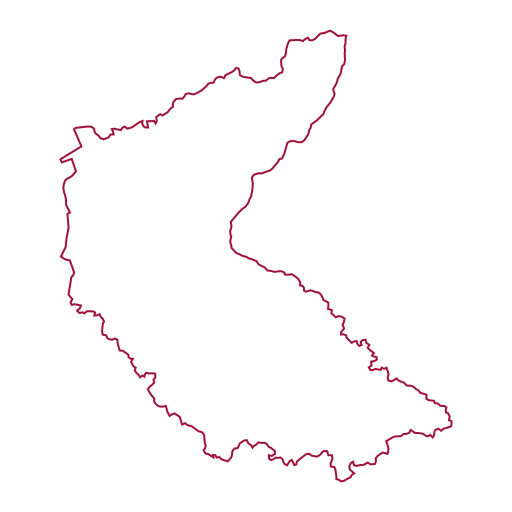 outline of Laguna Carapã, Mato Grosso do Sul, Brazil
{"feature_id": "56859067B87570138131055", "entity_name": "Laguna Carapã", "entity_type": "district", "adm_level": 2, "iso_a3": "BRA", "parent_name": "Brazil", "parent_adm1": "Mato Grosso do Sul", "projection": "mercator", "projection_center": [-55.09, -22.652], "detail": "fine", "context": "isolated", "style": "outline", "palette": "rose", "viewbox_px": 512, "rotation_deg": 0, "n_neighbors": 0, "source": "geoboundaries", "source_scale": "gbopen_adm2", "svg_char_len": 5995}
<svg xmlns="http://www.w3.org/2000/svg" viewBox="0 0 512 512"><path d="M451.6,423.6L451.4,421.0L449.0,420.3L449.7,416.5L448.0,413.1L446.0,412.5L445.7,410.2L446.4,407.2L444.2,406.0L440.4,405.8L437.4,403.3L434.7,403.1L434.0,400.8L428.7,400.2L426.4,398.8L426.5,394.7L419.9,392.6L418.6,390.5L415.8,388.9L413.4,386.6L410.6,385.7L406.6,385.5L404.1,382.8L398.2,380.4L396.6,378.4L391.6,381.4L388.3,380.5L387.6,377.4L388.6,374.2L386.5,367.7L384.0,368.9L381.8,367.6L380.7,369.9L375.1,368.9L372.8,370.2L370.3,369.9L368.8,367.3L371.5,365.6L371.1,361.6L374.3,361.1L376.8,359.6L376.6,357.2L374.6,356.8L372.0,355.6L373.9,353.1L370.5,350.5L367.7,347.8L369.3,344.8L366.4,342.9L365.5,339.7L362.5,340.2L360.6,342.0L361.6,345.0L359.2,345.9L357.3,343.7L356.6,341.1L354.0,341.5L351.6,342.8L346.5,337.6L346.3,335.4L343.4,334.3L341.0,334.5L341.1,332.3L344.1,328.5L342.6,324.6L343.9,322.2L344.5,318.4L341.7,316.7L338.5,316.1L335.8,317.3L331.3,313.2L331.8,310.1L328.0,308.9L328.4,305.9L328.3,302.6L323.3,299.9L322.4,297.2L320.8,294.4L318.6,292.5L315.3,292.1L313.0,291.0L310.3,290.4L306.0,291.7L304.0,290.6L304.0,287.9L302.6,285.9L300.1,285.4L300.1,282.1L297.9,278.5L294.3,275.8L291.5,274.1L289.4,274.7L285.1,274.7L284.3,272.6L281.5,271.2L278.4,271.3L274.8,271.9L269.8,270.7L267.7,270.6L264.3,267.1L261.2,265.8L258.4,264.1L256.7,261.3L251.8,259.2L248.5,258.3L246.6,256.9L242.3,255.8L239.1,254.0L236.5,253.2L231.6,248.1L231.2,245.2L230.2,242.2L230.5,239.6L231.3,236.5L230.4,234.4L230.2,230.7L231.2,228.1L231.4,225.3L230.7,222.0L237.9,213.4L242.6,208.6L245.0,207.2L248.5,202.6L249.5,199.2L251.1,196.5L252.5,189.0L252.8,183.1L251.8,177.8L253.7,174.9L258.5,173.2L261.0,173.6L270.1,170.4L272.5,168.4L278.2,161.7L279.3,159.1L282.0,158.5L284.3,153.8L287.4,142.8L289.5,141.5L292.3,141.0L294.5,141.1L298.0,142.2L301.7,142.2L304.4,140.2L307.8,135.0L308.8,132.6L309.3,129.8L310.6,127.8L311.2,124.5L316.9,120.4L323.3,114.1L324.5,111.1L326.2,107.7L330.5,102.4L333.6,97.0L334.6,93.9L333.5,90.8L333.3,88.6L334.8,86.5L337.2,81.7L337.5,79.4L338.4,77.4L340.6,74.0L342.0,66.4L344.2,64.2L345.0,60.2L344.7,53.6L345.0,50.1L344.6,46.0L345.5,43.8L345.6,38.1L346.4,35.8L343.4,35.3L338.1,36.0L333.1,32.3L330.1,30.7L324.2,33.0L320.3,33.6L314.8,39.2L311.7,40.4L309.5,40.1L307.9,37.7L304.7,39.4L302.8,41.2L300.9,40.3L297.7,39.9L289.5,40.4L288.0,43.4L286.4,48.7L285.9,53.2L284.9,56.4L282.7,57.9L281.3,59.5L281.1,61.9L281.5,66.3L282.9,68.8L282.2,72.4L279.8,73.1L276.7,75.4L274.2,78.0L271.0,77.8L268.7,78.3L266.0,80.6L262.8,80.9L258.9,82.4L255.6,82.3L252.8,80.2L251.0,78.0L244.9,77.2L242.2,76.5L239.8,74.9L239.5,70.8L238.2,68.2L235.7,68.2L234.0,70.6L231.2,72.4L225.5,75.1L224.0,78.2L220.8,76.7L217.3,77.4L215.1,79.3L213.5,82.7L211.1,82.8L208.5,83.5L206.8,85.7L202.1,90.1L196.6,93.3L193.7,94.4L191.5,94.1L188.7,93.3L185.6,94.1L184.4,96.4L182.5,98.7L179.0,98.6L175.9,99.1L173.7,101.6L172.8,104.2L172.9,106.9L171.0,108.0L167.6,112.3L162.5,115.5L160.3,114.2L158.3,115.5L156.2,117.2L156.8,121.1L155.6,123.4L154.0,121.0L147.0,121.3L148.0,127.5L144.9,127.4L143.2,125.8L142.2,123.5L142.5,121.0L139.7,122.0L132.3,127.2L127.4,128.7L124.5,126.5L122.2,128.0L121.0,130.1L114.0,128.7L111.8,129.1L113.0,131.6L113.7,134.4L110.4,134.6L108.7,137.4L103.6,139.3L100.4,138.2L98.4,135.5L96.4,134.2L94.9,132.4L93.9,128.7L91.6,126.8L87.9,126.5L75.5,127.9L74.0,129.3L81.4,146.4L60.4,159.3L61.9,162.4L71.7,158.9L76.0,171.4L72.1,175.8L69.7,177.5L66.8,178.9L64.9,180.8L63.7,184.9L63.3,188.0L64.1,192.4L65.3,195.9L66.0,199.5L66.1,205.0L70.0,212.5L67.4,213.9L68.6,227.7L66.6,237.8L65.7,246.8L60.9,256.6L64.7,259.1L69.9,260.5L74.2,272.6L73.1,275.4L71.4,277.2L68.5,294.7L72.4,299.2L70.6,302.0L71.6,304.8L74.8,304.2L81.0,305.5L79.8,308.3L77.1,310.8L79.5,313.0L82.6,312.3L84.4,313.3L87.2,311.2L93.2,311.4L95.1,312.5L94.3,315.5L96.4,315.5L99.6,314.2L100.8,316.9L102.6,318.5L104.0,321.5L103.0,323.4L102.4,327.1L102.1,331.4L102.7,334.6L106.3,335.4L107.4,338.3L109.7,339.3L112.3,339.8L114.5,338.5L117.4,339.7L117.5,342.8L119.7,350.5L122.8,350.8L128.5,354.8L128.5,357.2L130.5,358.7L132.9,358.8L131.1,361.9L132.4,364.6L133.8,366.6L135.7,367.7L134.7,370.3L136.3,372.8L138.7,374.9L140.1,377.3L142.5,375.5L144.4,376.7L144.8,374.6L146.3,372.7L148.9,373.5L152.2,373.3L155.2,373.7L155.3,377.4L153.5,379.7L154.2,382.6L152.0,384.9L149.7,386.7L147.9,389.1L149.4,392.3L152.1,396.1L154.4,398.8L154.0,401.3L155.7,403.8L157.8,405.8L160.2,406.6L163.2,406.6L165.8,405.9L167.6,412.2L169.5,415.9L171.8,414.5L174.5,413.4L179.8,416.9L182.1,424.6L184.9,423.2L187.9,425.3L191.5,426.1L198.3,431.1L202.3,432.4L204.2,435.1L204.7,442.6L205.7,445.4L205.1,448.1L203.6,450.3L205.7,453.8L207.7,453.7L213.4,457.4L213.0,455.0L215.4,455.2L216.6,457.5L219.1,457.0L221.7,459.4L227.8,461.4L231.2,457.5L231.9,455.3L232.4,451.2L234.5,448.5L237.7,448.1L239.8,443.5L242.4,441.5L244.7,440.3L246.9,440.2L248.2,443.1L251.5,445.6L252.5,447.6L253.8,446.0L255.9,444.9L258.4,442.4L261.2,442.9L264.8,442.8L266.9,444.1L268.5,446.7L270.7,447.7L274.8,451.0L275.0,454.0L271.9,455.9L268.8,455.3L269.1,458.6L270.7,460.0L273.2,459.4L275.7,457.6L278.5,457.9L280.6,457.5L282.5,459.2L283.4,462.1L284.6,464.0L287.1,465.3L289.7,461.1L291.8,459.9L294.3,465.1L296.3,464.5L296.8,461.8L298.4,460.2L306.1,454.2L309.1,453.7L311.6,455.6L316.8,456.6L318.8,455.7L320.5,454.4L322.4,452.0L324.3,450.9L327.1,451.2L328.4,455.3L331.9,455.2L332.5,458.5L330.5,463.9L330.8,466.5L334.4,467.0L335.4,469.4L336.4,476.6L336.5,479.2L338.7,479.7L340.9,481.3L343.7,481.0L347.5,478.7L350.5,477.3L351.9,474.8L354.2,473.4L349.9,469.6L349.2,466.5L350.8,463.1L353.2,461.7L353.9,465.1L356.5,465.9L360.1,465.1L363.7,464.8L367.7,462.6L370.7,464.4L374.9,464.0L376.0,461.1L375.7,458.5L377.2,456.3L382.4,452.6L385.5,453.2L387.4,453.9L388.3,451.0L388.4,447.7L386.2,441.2L392.5,437.4L395.4,436.4L400.9,436.2L403.4,434.0L406.2,434.0L409.3,432.7L410.7,429.9L414.9,432.9L417.8,433.0L423.0,433.7L425.6,435.7L427.7,436.4L430.3,434.9L432.6,437.4L433.9,435.7L434.7,430.8L436.2,429.4L438.6,428.8L441.1,430.8L443.4,428.8L451.0,426.5L451.6,423.6Z" fill="none" stroke="#9f1239" stroke-width="2"/></svg>